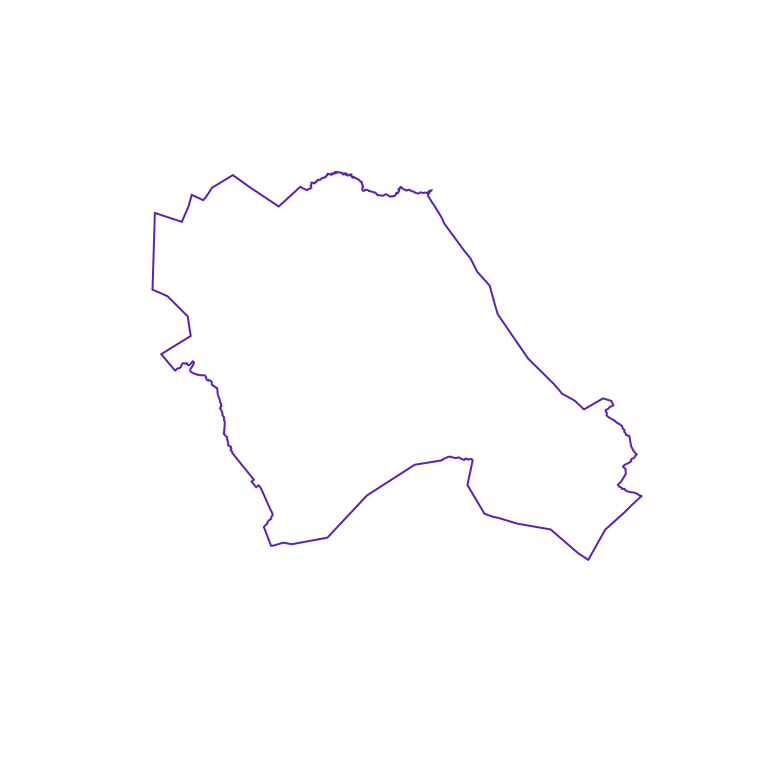 Folldal nor, Hedmark, Norway (Albers equal-area conic projection), rotated 296°
{"feature_id": "86288312B29283811421655", "entity_name": "Folldal nor", "entity_type": "district", "adm_level": 2, "iso_a3": "NOR", "parent_name": "Norway", "parent_adm1": "Hedmark", "projection": "albers", "projection_center": [10.131, 62.156], "detail": "fine", "context": "isolated", "style": "outline", "palette": "violet", "viewbox_px": 768, "rotation_deg": 296, "n_neighbors": 0, "source": "geoboundaries", "source_scale": "gbopen_adm2", "svg_char_len": 6154}
<svg xmlns="http://www.w3.org/2000/svg" viewBox="0 0 768 768"><g transform="rotate(296 384 384)"><path d="M465.4,599.5L468.5,595.7L467.0,587.1L448.8,574.9L452.6,562.8L453.2,552.1L453.2,548.5L454.6,545.7L458.6,536.3L470.0,502.4L496.5,455.7L503.5,449.3L518.7,435.9L525.7,418.7L534.7,406.8L539.0,397.6L554.7,367.7L557.9,364.1L559.0,362.5L561.8,358.3L562.8,356.5L565.5,352.5L566.5,350.6L567.1,349.9L567.7,348.5L571.6,342.5L572.5,340.9L572.9,340.6L575.0,340.9L576.5,340.7L578.6,341.8L578.9,341.8L578.6,341.2L578.0,340.7L577.0,340.0L575.2,339.4L574.6,338.9L573.8,336.5L572.8,335.4L572.6,334.8L572.5,333.7L572.0,332.4L570.7,331.8L570.3,331.3L569.9,330.6L569.9,329.5L569.6,327.8L569.7,327.2L570.0,326.7L570.0,326.4L569.4,324.7L569.4,324.0L569.6,322.4L569.6,321.4L569.2,320.7L567.9,319.7L567.6,319.2L567.9,317.7L567.6,316.5L567.7,315.5L567.8,314.9L568.4,313.7L568.5,313.1L568.4,312.7L567.7,312.3L566.6,312.6L566.1,312.1L565.4,312.3L565.2,311.7L564.8,312.0L564.2,312.9L561.9,312.9L561.4,312.4L561.6,311.7L561.2,311.4L560.8,311.3L560.4,311.8L560.1,311.8L558.7,311.3L557.9,311.2L557.2,310.8L557.0,309.8L555.9,308.9L555.6,307.9L555.0,306.8L555.5,303.8L555.3,302.3L553.1,301.0L552.1,298.9L551.7,297.2L550.9,295.6L551.2,294.6L551.8,293.6L551.9,292.9L552.2,291.9L551.9,291.0L551.6,289.6L551.6,288.7L550.9,286.2L550.8,285.7L551.2,284.9L551.2,284.2L550.2,281.8L549.0,281.5L548.5,280.3L549.8,279.0L550.9,278.6L552.2,278.8L552.5,277.9L553.8,277.3L554.6,276.0L555.5,275.7L555.9,275.4L555.6,274.4L555.9,273.4L556.4,272.3L556.7,271.2L556.5,270.8L556.7,269.2L556.6,268.9L556.5,268.3L556.4,267.9L556.5,267.3L556.5,266.8L557.1,266.1L556.7,265.3L556.2,265.3L555.9,265.6L555.7,265.3L556.2,264.7L556.1,263.8L558.1,262.8L557.8,262.3L556.8,261.8L556.8,261.4L556.2,260.9L555.9,260.4L556.1,260.1L555.5,260.0L555.6,259.2L555.5,258.6L555.8,258.8L556.1,258.8L556.2,258.3L556.6,257.9L556.6,257.0L555.6,256.9L555.4,256.5L555.5,255.7L555.3,254.9L554.5,255.0L554.6,254.6L554.9,254.5L555.1,254.3L555.1,253.6L554.8,252.0L554.9,251.5L554.3,250.4L554.2,249.6L554.0,249.1L553.4,249.1L552.7,248.5L553.5,248.0L553.2,247.7L553.3,247.4L553.2,247.0L552.2,246.8L551.4,247.0L550.6,246.5L550.6,246.3L550.9,246.2L550.9,245.8L550.4,245.5L550.3,244.7L549.8,244.7L549.6,245.3L549.1,245.2L549.0,244.7L548.9,244.3L548.9,243.7L548.7,243.1L548.7,242.6L548.3,241.9L548.4,241.6L548.2,241.2L547.8,241.1L547.5,241.6L547.2,241.6L546.3,241.4L545.4,240.7L544.0,240.8L543.5,239.6L542.2,238.8L541.8,237.9L540.9,237.5L540.2,237.5L539.2,236.9L539.2,236.0L538.4,235.7L538.2,235.4L538.2,234.9L538.1,234.7L536.8,234.5L536.2,234.8L535.1,233.7L534.7,233.9L533.9,233.6L533.7,232.9L533.8,232.7L533.8,232.3L533.1,230.5L531.1,231.4L530.6,231.1L529.9,231.2L529.5,231.9L528.6,232.7L527.6,232.3L526.2,230.6L525.3,230.4L524.5,229.7L524.3,225.2L524.5,222.3L497.4,211.6L502.0,177.3L505.5,156.6L485.2,143.5L474.1,142.0L470.0,141.0L469.7,128.3L457.6,130.5L441.1,131.2L437.4,103.6L437.2,103.1L367.3,134.6L368.0,150.9L358.7,178.0L342.4,189.2L313.2,170.7L304.9,189.2L304.6,190.6L306.9,191.2L307.8,192.0L308.3,193.1L310.5,194.0L312.4,193.6L314.3,194.1L315.1,194.9L315.0,196.2L315.4,197.1L315.8,197.1L316.2,197.4L316.2,197.7L316.2,198.1L315.7,198.4L315.1,199.4L315.4,200.5L317.2,201.3L320.4,202.1L320.5,202.9L319.8,203.8L318.5,204.1L314.6,203.8L313.1,203.3L310.9,204.0L310.3,205.3L310.0,207.7L310.3,208.8L310.4,211.7L310.9,212.6L310.8,213.3L311.0,214.2L312.9,218.4L313.2,219.5L311.6,221.5L310.3,222.4L310.1,223.2L310.0,224.5L310.7,224.7L310.6,225.3L310.9,226.1L310.8,227.4L310.0,228.5L308.2,229.4L307.6,230.4L307.8,231.4L307.3,233.5L307.3,234.2L307.0,234.5L307.2,235.7L304.0,237.9L303.0,238.2L302.3,238.7L301.4,239.7L300.6,240.2L297.5,243.6L296.2,244.2L295.6,244.9L294.9,246.2L294.0,246.6L293.2,247.4L292.8,247.6L292.3,247.4L292.1,247.0L290.9,247.4L290.4,247.3L290.2,247.7L289.0,248.8L288.6,249.7L287.5,251.1L286.8,251.7L285.0,252.5L283.9,254.8L282.8,255.4L282.0,255.6L281.2,256.2L280.7,257.1L276.8,259.1L274.9,259.6L273.6,260.5L272.0,260.6L271.1,261.6L270.2,261.3L269.5,261.7L269.4,262.1L268.8,262.1L268.6,262.9L268.0,264.1L267.7,265.1L267.7,265.5L267.4,266.5L265.6,266.9L265.2,267.3L265.1,267.9L264.7,268.2L264.3,268.4L262.0,270.3L260.6,270.7L260.5,273.5L260.4,273.8L260.2,273.8L260.2,274.2L259.8,274.3L259.0,275.2L258.1,274.9L257.0,275.5L256.9,275.8L256.9,276.4L256.2,277.6L255.5,277.9L240.9,308.9L238.3,307.7L235.2,314.3L238.0,315.7L236.1,319.4L220.8,337.6L220.6,338.1L218.2,341.0L217.2,341.3L215.2,341.1L213.3,341.6L211.0,340.3L208.9,339.8L207.9,340.3L207.1,340.3L206.1,339.6L202.8,338.7L189.1,353.4L190.3,355.5L197.2,363.0L199.6,371.4L221.1,400.5L276.3,417.5L324.9,447.0L339.4,467.6L339.7,468.3L340.2,468.6L341.2,469.7L342.7,470.3L344.1,471.7L345.8,472.9L346.8,473.9L347.8,475.7L348.1,476.3L347.8,476.8L348.9,480.9L349.5,482.0L350.7,483.0L350.8,483.3L350.9,484.8L350.6,485.2L350.5,485.9L350.6,486.7L350.8,486.8L350.7,487.8L350.9,488.5L350.8,488.9L350.8,489.3L351.4,489.7L352.3,489.7L352.8,490.2L353.1,490.9L353.1,491.4L352.7,492.2L353.2,493.2L353.8,493.5L354.9,495.5L354.8,496.2L354.2,496.7L354.1,497.2L329.7,503.3L311.4,531.3L312.4,540.1L313.8,545.6L316.9,564.9L326.3,597.5L316.9,633.2L315.5,644.7L350.2,646.7L373.7,656.3L383.3,659.6L396.9,664.9L396.4,664.4L396.0,663.5L395.9,662.4L396.4,659.9L396.4,659.5L396.1,658.5L396.1,657.2L395.7,655.2L395.0,653.7L394.7,652.5L394.6,651.6L394.3,650.7L394.4,649.5L394.2,648.7L394.3,647.5L395.2,646.1L395.1,645.6L394.7,645.3L394.1,644.2L394.7,643.6L394.8,642.4L395.0,642.0L395.1,641.2L394.8,640.5L395.0,640.2L395.1,639.8L395.9,638.4L399.8,639.8L409.2,640.8L413.5,638.2L414.0,636.5L414.4,635.1L415.1,635.0L417.5,636.2L420.7,638.9L421.6,639.2L422.9,640.1L423.7,639.3L425.0,639.4L425.7,639.7L426.7,640.9L428.2,641.4L430.1,641.3L431.3,642.0L433.4,637.4L436.5,633.3L444.6,627.5L444.8,626.5L444.4,626.0L444.4,625.5L444.5,625.0L444.3,623.8L445.8,622.5L446.3,620.9L446.8,620.7L447.8,620.6L448.0,620.4L448.6,618.0L450.5,616.5L450.7,616.0L450.8,614.9L451.2,613.1L451.3,610.3L452.2,607.1L452.4,602.7L452.6,601.5L452.5,600.4L452.9,599.3L453.3,598.0L453.5,597.7L455.3,597.2L455.9,596.7L456.8,595.1L458.0,594.8L459.2,595.8L460.3,596.5L462.0,596.9L465.4,599.5Z" fill="none" stroke="#5b21b6" stroke-width="2"/></g></svg>